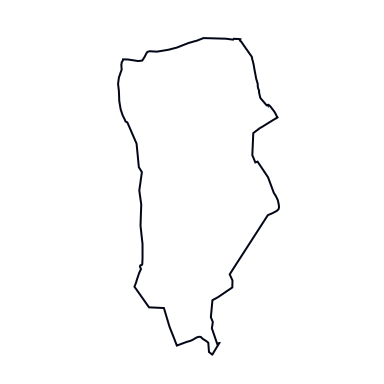 the district of Ar Rahad, North Kordufan, Sudan, rotated 188°
{"feature_id": "16777658B34397203362025", "entity_name": "Ar Rahad", "entity_type": "district", "adm_level": 2, "iso_a3": "SDN", "parent_name": "Sudan", "parent_adm1": "North Kordufan", "projection": "robinson", "projection_center": [30.672, 12.815], "detail": "fine", "context": "isolated", "style": "outline", "palette": "ink", "viewbox_px": 384, "rotation_deg": 188, "n_neighbors": 0, "source": "geoboundaries", "source_scale": "gbopen_adm2", "svg_char_len": 2876}
<svg xmlns="http://www.w3.org/2000/svg" viewBox="0 0 384 384"><g transform="rotate(188 192 192)"><path d="M267.6,252.6L265.7,251.9L263.6,248.5L253.6,232.1L248.1,209.2L244.4,204.7L244.4,186.1L240.5,172.5L240.4,171.4L238.3,151.5L234.1,134.9L234.0,134.7L233.8,133.9L231.8,119.8L231.2,113.6L231.7,112.6L232.8,112.3L233.2,111.2L232.7,110.1L231.8,108.5L233.0,104.7L234.4,97.3L234.8,94.5L235.8,90.2L218.5,71.8L203.7,73.2L202.9,71.5L195.6,55.6L194.6,53.8L194.5,53.6L190.1,45.9L185.8,38.1L185.6,38.2L185.5,37.9L176.6,42.7L172.8,44.4L170.5,45.9L167.0,48.7L164.9,49.6L163.1,49.7L162.8,49.4L160.8,48.0L160.7,47.9L158.0,46.8L155.6,45.5L154.9,45.0L152.9,35.9L149.3,33.8L149.2,33.9L146.0,41.5L143.9,46.3L144.0,46.3L145.9,45.1L153.4,59.9L153.3,62.5L153.3,66.2L155.9,70.6L156.7,87.7L151.7,91.4L138.8,103.1L139.6,110.0L143.2,115.7L137.0,129.3L136.4,130.5L113.7,179.6L109.1,182.4L105.3,185.2L103.9,187.0L103.8,188.2L103.7,189.2L104.3,191.5L105.8,195.7L108.2,199.4L110.9,202.6L118.7,217.1L131.3,231.2L133.4,230.1L137.4,236.9L139.5,258.7L139.5,258.9L133.7,264.7L130.6,267.1L127.9,269.4L119.8,276.1L118.9,276.9L118.7,276.8L118.2,277.3L118.4,277.4L118.0,277.8L117.8,277.9L118.2,278.4L118.6,278.8L120.2,281.2L121.7,283.1L126.7,288.0L128.4,289.0L129.2,288.5L128.8,288.3L128.8,288.2L128.9,288.3L129.2,288.5L129.6,288.7L130.3,288.3L131.5,289.4L135.0,292.5L136.3,293.6L137.5,294.8L139.1,299.0L139.2,299.5L139.6,300.3L139.6,300.5L139.6,301.2L139.6,301.6L140.7,303.4L140.8,303.6L141.6,305.8L142.0,308.3L144.2,313.1L145.3,316.4L146.9,321.1L148.8,327.0L150.1,330.3L150.7,331.5L151.5,334.0L151.9,334.5L152.2,334.9L154.8,337.6L155.3,338.2L156.0,338.9L156.7,339.7L157.5,340.6L158.0,341.0L159.1,342.2L159.3,342.4L159.8,343.0L160.0,343.2L160.8,344.0L162.1,345.5L162.9,346.3L163.1,346.5L163.3,346.8L164.5,348.0L165.0,348.1L165.2,348.4L165.3,348.5L165.6,348.8L165.5,349.0L165.5,349.3L165.5,349.5L165.4,350.0L167.3,350.0L168.9,349.8L169.0,349.8L170.2,349.7L170.3,349.6L170.7,349.6L171.2,349.5L171.6,349.5L171.9,349.5L172.0,349.5L172.4,348.8L172.5,348.6L179.9,348.5L200.5,346.2L202.1,346.0L208.1,342.6L211.4,341.2L212.7,340.6L216.3,339.0L222.7,335.4L226.9,333.0L235.1,329.6L242.7,327.2L246.3,326.1L253.6,325.5L255.8,324.4L256.1,323.7L256.7,322.3L257.8,319.0L258.8,316.9L259.5,315.3L260.1,315.1L263.3,314.2L264.8,314.2L272.2,314.3L272.7,314.3L274.0,314.3L278.2,313.8L278.8,313.7L278.8,312.6L279.3,311.3L279.5,310.9L279.7,310.5L279.6,309.3L279.6,308.8L279.7,308.0L279.6,307.7L279.5,307.3L279.1,305.4L278.7,303.5L278.7,303.4L278.8,302.6L279.0,301.7L279.3,300.4L279.4,300.0L279.6,299.0L279.6,298.6L280.3,295.4L280.3,293.6L280.3,293.2L280.3,290.3L280.2,288.6L280.2,288.4L279.7,286.7L279.2,284.7L278.9,283.5L278.5,282.2L278.5,281.9L277.9,278.8L276.7,272.0L275.2,267.2L274.1,263.8L272.8,261.2L271.9,259.4L271.3,258.2L270.2,256.6L268.6,254.3L268.0,253.2L267.6,252.6Z" fill="none" stroke="#020617" stroke-width="2"/></g></svg>